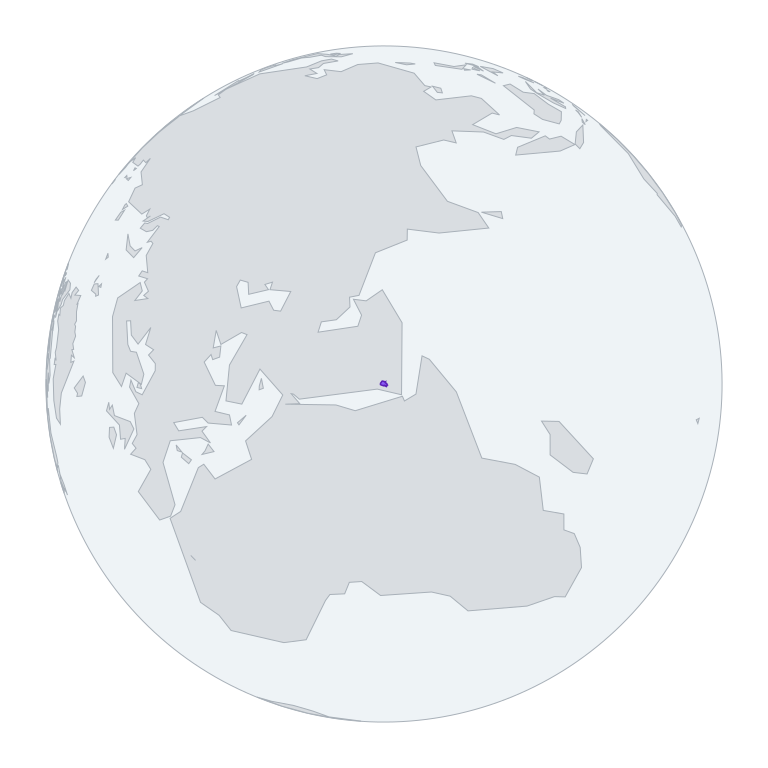 Amran on an orthographic globe, rotated 294°
{"feature_id": "YEM-155", "entity_name": "Amran", "entity_type": "Governorate", "adm_level": 1, "iso_a3": "YEM", "parent_name": "Yemen", "parent_adm1": "", "projection": "orthographic", "projection_center": [43.957, 16.092], "detail": "fine", "context": "on_globe", "style": "filled", "palette": "violet", "viewbox_px": 768, "rotation_deg": 294, "n_neighbors": 0, "source": "natural_earth", "source_scale": "10m", "svg_char_len": 10636}
<svg xmlns="http://www.w3.org/2000/svg" viewBox="0 0 768 768"><g transform="rotate(294 384 384)"><circle cx="384" cy="384" r="338" fill="#eef3f6" stroke="#a8b0b8"/><path d="M303.2,55.9L303.5,55.8L310.7,54.1L314.5,53.4L313.0,53.9L303.7,55.9L303.1,56.0L299.6,56.9L295.6,57.9L296.7,57.7L285.6,60.7L294.3,58.6L283.5,61.9L276.8,63.8L280.6,62.3L280.0,62.5L303.2,55.9ZM245.7,75.7L251.0,73.4L245.7,75.9L234.1,81.8L223.9,86.8L218.5,89.9L225.4,87.1L203.7,99.7L184.8,114.3L179.6,118.0L174.3,119.9L181.2,113.7L201.8,99.4L223.3,86.7L245.7,75.7ZM175.3,118.2L170.6,122.0L175.3,118.2ZM158.9,131.9L158.6,132.2L157.3,133.5L160.9,130.5L155.7,135.3L154.1,136.4L158.9,131.9ZM46.3,395.2L48.4,410.2L53.6,432.4L56.3,452.3L57.5,469.1L66.7,500.2L58.5,474.7L52.3,448.5L48.2,422.0L46.3,395.2ZM277.0,63.5L260.1,69.6L261.5,69.1L277.0,63.5ZM471.3,57.5L468.2,56.8L468.2,56.7L471.3,57.5ZM313.6,53.5L309.0,54.5L313.6,53.5ZM350.3,47.8L349.5,47.9L340.4,48.9L335.9,49.5L350.3,47.8ZM334.8,49.7L337.5,49.4L323.0,51.6L334.8,49.7ZM458.9,54.7L458.0,54.6L456.0,54.0L458.9,54.7ZM316.6,53.0L319.4,52.4L328.8,50.7L325.0,51.8L323.2,51.9L316.6,53.0ZM364.2,46.7L366.3,46.6L350.3,47.8L351.9,47.6L364.2,46.7ZM320.3,52.6L322.7,52.5L316.9,53.9L314.5,53.6L320.3,52.6ZM332.9,50.0L337.2,49.5L333.6,50.0L332.9,50.0ZM297.8,59.9L300.9,58.5L306.1,57.4L297.8,59.9ZM324.1,52.5L326.0,52.0L328.4,51.6L328.8,52.0L324.1,52.5ZM350.4,47.9L348.5,48.3L356.9,47.4L356.2,47.8L345.6,48.8L349.8,48.6L349.6,48.8L341.2,49.4L350.4,47.9ZM336.4,51.3L322.7,53.6L315.8,56.1L311.0,56.9L323.0,52.9L336.4,51.3ZM340.0,50.1L336.7,50.9L332.4,51.2L332.0,50.8L340.0,50.1ZM359.5,48.0L363.3,47.0L365.5,46.9L359.5,48.0ZM335.3,51.9L338.6,51.4L335.3,52.0L335.3,51.9ZM353.0,48.9L354.0,48.5L356.5,48.3L353.0,48.9ZM344.4,51.1L340.0,51.6L339.5,51.2L344.4,51.1ZM349.0,50.0L352.1,50.0L342.0,50.7L349.1,49.8L349.0,50.0ZM355.1,48.9L356.9,48.7L354.3,49.1L355.1,48.9ZM348.6,52.8L335.9,53.8L335.0,52.7L347.4,51.7L348.6,52.8ZM531.2,79.8L531.5,80.0L535.5,82.0L571.6,102.9L555.8,93.2L518.2,73.9L533.1,81.0L528.4,79.0L533.0,81.5L543.7,87.2L545.7,88.0L556.0,98.7L579.1,117.8L580.7,115.0L589.2,119.9L616.8,144.4L642.2,184.4L653.8,195.5L659.5,203.9L660.5,210.7L652.2,198.3L646.4,195.5L641.6,188.1L640.4,196.4L633.4,186.3L635.8,198.7L643.1,205.9L646.8,201.5L651.9,217.8L665.2,230.1L674.9,248.0L680.2,285.1L673.2,299.9L674.5,306.2L667.5,301.2L664.6,315.8L682.8,346.6L684.5,356.8L676.8,380.1L675.5,372.6L657.0,359.5L658.1,384.5L672.3,400.8L677.4,423.1L668.5,418.7L662.8,399.3L656.2,394.0L654.7,372.5L642.9,343.1L633.6,351.9L631.2,339.3L613.6,316.8L598.5,328.7L576.7,367.6L578.9,400.3L569.1,416.3L544.3,372.9L535.0,342.3L524.9,346.6L500.4,322.8L454.8,325.1L449.3,317.2L440.5,321.6L423.3,314.3L415.3,301.5L404.5,302.7L426.1,336.6L437.8,335.5L449.0,321.6L452.7,333.9L469.4,344.1L447.3,375.6L381.3,404.4L376.6,379.9L335.7,312.8L337.9,305.5L337.8,304.6L337.4,303.1L331.8,315.0L325.4,302.0L345.3,348.6L347.9,368.6L380.3,405.8L376.8,409.6L387.8,417.3L425.2,407.3L425.0,415.4L406.2,453.3L356.1,503.5L363.9,536.5L362.1,563.8L333.3,580.9L338.4,601.2L323.9,607.7L324.7,618.7L314.5,629.7L296.6,639.1L263.2,636.1L259.1,626.2L239.3,605.0L210.9,553.0L217.1,530.8L213.3,512.0L189.4,466.9L194.5,444.0L188.7,433.0L176.3,433.4L169.7,420.2L162.5,418.6L118.7,416.9L107.0,397.7L96.6,344.6L105.6,327.5L109.9,305.2L174.3,243.2L184.9,250.1L232.1,248.4L237.4,252.0L228.5,268.3L261.3,293.7L275.7,280.7L308.7,295.0L332.8,296.0L347.2,264.6L307.8,262.3L304.3,246.5L338.5,235.1L373.4,238.8L373.1,232.9L353.8,218.9L364.7,208.9L347.5,213.3L352.4,219.5L341.7,222.9L336.6,217.6L340.6,214.0L330.9,210.8L314.2,230.5L317.4,238.9L290.2,240.8L292.9,255.4L284.5,261.4L276.8,239.2L279.7,231.6L263.2,207.6L257.7,215.5L272.9,239.2L266.9,236.9L259.6,249.4L260.4,238.1L245.2,211.8L222.5,214.0L188.7,242.2L176.5,242.8L168.5,234.4L185.8,203.3L211.2,205.7L217.6,196.3L216.8,181.1L224.5,183.6L227.3,178.2L237.3,179.0L255.6,167.9L266.4,168.0L277.7,152.8L284.7,151.2L276.0,160.4L275.8,167.5L303.1,169.6L309.6,166.8L314.7,157.1L321.6,159.6L323.1,150.1L340.8,148.0L320.4,143.1L325.9,133.3L338.7,126.8L336.9,123.2L315.9,133.9L310.8,139.2L312.3,144.9L295.3,160.6L285.0,162.5L289.0,144.0L274.9,145.2L284.1,131.6L335.1,108.6L354.3,105.7L377.5,120.0L370.7,125.3L358.9,122.4L366.0,133.5L367.2,128.5L372.9,131.1L379.6,123.7L384.0,125.2L382.9,116.0L389.0,117.1L389.6,122.9L404.7,114.5L418.4,115.7L419.7,113.2L417.2,110.1L436.4,114.6L436.5,112.6L430.3,110.2L426.5,105.0L427.2,98.0L433.8,99.9L434.4,102.7L445.6,112.0L446.3,120.1L449.1,120.3L450.1,113.8L436.4,102.2L434.9,97.6L442.5,102.3L439.6,100.2L441.0,98.5L448.5,98.9L440.7,93.6L446.6,76.6L461.7,76.9L467.8,82.2L478.9,75.8L495.1,78.8L489.3,76.4L490.7,73.1L485.7,71.9L483.0,70.6L484.3,64.3L489.8,65.1L483.8,61.7L480.8,60.7L476.5,59.7L468.2,56.8L471.3,57.5L501.7,67.3L531.2,79.8ZM148.8,277.2L146.2,283.6L148.8,277.2ZM408.5,259.9L430.6,261.2L423.8,241.5L431.7,240.7L426.5,234.7L423.2,240.1L410.9,223.9L421.6,218.5L420.5,210.4L413.0,209.7L395.4,222.6L412.9,245.2L406.5,253.2L408.5,259.9ZM162.5,128.8L160.1,131.0L159.2,131.7L160.9,130.2L162.5,128.8ZM162.2,132.4L153.8,140.0L159.1,134.7L156.1,136.6L163.6,128.6L177.3,119.5L169.8,124.7L162.2,132.4ZM177.4,116.7L171.1,121.9L177.4,116.6L177.4,116.7ZM232.7,150.9L234.7,154.7L228.8,160.3L215.2,162.9L223.6,154.5L232.7,150.9ZM238.9,159.0L246.6,141.4L255.4,140.0L249.2,143.6L254.2,144.4L245.5,150.6L246.4,167.5L241.2,173.8L218.8,173.5L229.0,169.7L226.4,165.8L238.9,159.0ZM250.9,107.8L254.4,102.6L268.9,105.9L264.0,110.6L250.1,112.7L247.7,108.5L250.9,107.8ZM270.8,66.6L271.2,66.2L273.8,65.3L275.6,65.1L270.8,66.6ZM298.8,59.3L271.8,68.6L270.9,68.3L256.2,75.4L248.1,77.6L257.9,72.7L240.6,80.3L246.1,76.8L234.7,82.3L257.3,71.2L261.6,69.2L260.0,70.4L267.3,68.3L271.8,66.8L287.8,61.3L300.7,56.8L310.0,54.9L313.2,54.7L311.6,55.5L306.0,56.3L307.8,56.8L298.4,58.7L298.8,59.3ZM345.3,67.0L339.5,65.4L341.5,71.0L332.2,71.1L333.0,71.7L324.9,73.7L316.5,77.4L312.8,77.1L311.2,78.8L305.8,80.4L302.3,82.8L294.3,83.3L289.4,86.4L288.4,84.9L282.0,90.4L283.2,86.7L276.4,89.1L278.8,91.4L244.5,92.9L229.2,97.9L215.7,104.7L219.6,98.7L234.6,89.1L254.2,79.7L268.4,76.3L267.6,74.8L274.2,72.9L272.1,74.9L279.2,70.8L284.0,70.0L301.5,64.6L308.8,60.3L315.4,58.6L314.9,59.9L321.8,57.5L325.4,59.1L330.2,58.1L338.6,59.3L335.0,63.1L340.6,61.9L347.3,63.3L345.3,67.0ZM350.6,53.1L348.5,56.6L342.3,58.7L330.3,56.0L325.4,56.7L317.5,56.0L326.6,53.3L328.0,53.6L331.5,53.3L327.3,54.3L333.3,53.4L335.5,54.0L340.7,53.6L338.6,54.7L350.6,53.1ZM245.6,246.4L250.1,247.7L257.6,247.8L253.1,256.2L245.6,246.4ZM234.7,228.6L239.1,228.0L236.4,238.9L231.8,238.0L234.7,228.6ZM243.8,218.9L239.6,227.1L239.1,222.2L243.8,218.9ZM280.4,159.7L285.3,159.0L284.9,161.3L281.2,164.5L280.4,159.7ZM349.2,87.0L346.9,84.9L348.9,84.1L350.5,78.6L357.5,78.6L359.3,81.9L349.2,87.0ZM339.3,269.7L331.0,275.5L327.9,272.3L331.4,270.9L339.3,269.7ZM289.0,265.9L299.4,270.8L287.7,268.1L289.0,265.9ZM357.1,86.0L357.0,83.7L360.6,85.2L357.1,86.0ZM362.8,78.4L367.4,79.7L358.6,78.0L362.8,78.4ZM478.3,683.8L480.9,685.9L475.5,686.8L478.3,683.8ZM421.0,559.1L400.8,605.7L384.4,606.1L380.2,592.7L386.8,564.6L405.4,556.3L414.2,543.0L421.0,559.1ZM705.9,461.8L708.0,461.2L707.7,462.8L705.9,461.8ZM703.9,458.6L706.9,456.8L702.8,462.4L703.9,458.6ZM708.0,456.2L711.0,451.0L712.3,447.5L711.7,450.8L708.0,456.2ZM701.5,460.3L685.8,468.1L678.6,467.2L681.0,461.0L692.6,457.2L701.5,460.3ZM680.4,461.0L668.5,450.2L646.7,411.2L654.6,409.8L676.3,430.4L675.1,435.6L682.4,445.0L680.4,461.0ZM706.4,420.4L704.9,435.3L697.0,438.6L692.9,438.3L690.2,421.2L691.8,411.1L695.4,409.8L705.1,371.8L709.3,377.2L707.2,392.5L710.4,403.1L706.4,420.4ZM580.6,403.1L589.2,421.0L583.4,425.2L580.6,403.1ZM706.0,347.2L704.1,363.5L704.8,342.9L706.0,347.2ZM704.5,328.7L706.2,335.5L703.4,329.9L704.5,328.7ZM677.3,315.6L673.7,318.9L672.1,314.1L675.8,307.2L677.3,315.6ZM682.3,263.5L687.8,277.3L689.1,282.4L684.8,274.8L682.3,263.5ZM417.0,89.0L406.9,95.9L404.3,102.4L410.2,107.6L397.6,103.9L401.6,93.9L417.0,89.0ZM442.3,77.6L437.1,74.1L442.1,74.4L444.0,75.2L442.3,77.6ZM437.2,76.3L425.6,74.6L424.5,71.9L433.8,73.7L437.2,76.3ZM391.2,78.6L387.7,80.5L384.9,79.0L391.2,78.6ZM658.8,580.6L650.0,591.6L648.4,591.6L655.7,581.7L668.0,556.5L669.2,556.2L677.0,538.0L693.9,513.4L708.1,476.9L709.5,474.8L702.4,497.3L693.7,519.2L683.5,540.5L671.9,561.0L658.8,580.6ZM711.0,458.5L715.0,444.5L716.1,442.1L711.0,458.5ZM721.1,408.0L721.3,403.2L721.6,398.5L721.1,408.0ZM721.7,396.8L721.3,394.9L721.9,388.9L721.7,396.8ZM718.9,413.1L718.6,417.0L718.1,415.0L718.9,413.1ZM719.8,409.6L720.7,410.9L719.4,413.1L719.8,409.6ZM712.2,405.0L713.1,413.1L716.1,404.7L713.8,415.0L714.8,428.0L713.7,434.2L712.9,419.9L711.0,437.1L709.6,437.9L709.7,424.4L711.7,406.0L713.1,397.8L717.9,390.1L712.2,405.0ZM720.1,398.7L719.7,389.0L719.8,381.5L720.4,386.2L720.1,398.7ZM716.6,366.3L713.3,356.4L711.9,362.7L713.3,342.7L716.5,355.4L716.6,366.3ZM711.5,342.0L710.3,347.7L710.5,336.5L711.5,342.0ZM709.1,344.2L707.4,336.3L709.1,336.1L709.1,344.2ZM712.4,341.5L710.0,327.4L712.3,334.9L712.4,341.5ZM702.5,318.8L709.0,329.2L703.2,327.2L695.9,301.3L697.8,299.1L702.5,318.8ZM668.3,209.9L663.9,203.6L663.6,200.8L666.8,205.9L668.3,209.9ZM658.7,188.7L662.1,198.1L664.1,207.0L666.8,209.1L673.1,221.2L665.6,212.0L659.3,197.5L658.9,193.0L652.5,183.6L648.3,176.1L639.3,165.5L635.4,160.3L643.4,168.9L658.7,188.7ZM635.4,161.2L618.3,143.1L620.8,143.7L625.1,147.8L631.9,155.6L630.2,154.7L635.4,161.2ZM614.9,139.1L613.1,138.4L584.1,116.1L578.6,111.9L601.9,127.6L601.5,128.0L608.2,133.8L614.9,139.1ZM461.7,55.5L458.4,54.7L461.0,55.2L461.7,55.5ZM480.2,70.1L477.0,68.4L480.2,68.6L480.2,70.1ZM469.9,64.2L468.5,65.1L467.3,63.3L469.9,64.2ZM465.9,67.6L466.7,65.1L469.8,68.7L465.9,67.6Z" fill="#d9dde1" stroke="#a8b0b8" stroke-width="1"/><path d="M383.2,380.5L383.4,380.5L383.8,380.6L384.4,380.9L384.7,380.9L384.9,380.9L385.3,380.8L385.6,381.0L386.0,381.3L386.1,381.5L386.1,381.9L386.2,382.1L386.2,382.3L386.3,382.4L386.3,382.6L386.3,382.8L386.4,383.0L386.2,383.4L386.3,383.5L386.3,383.9L386.5,384.2L386.7,384.4L386.3,384.4L386.0,384.5L385.7,384.7L385.6,384.8L385.6,385.0L385.6,385.3L385.6,385.5L385.7,385.8L385.5,386.0L385.4,386.1L385.3,386.3L385.3,386.5L385.2,386.8L384.8,387.1L384.7,387.1L384.3,387.1L384.2,387.2L384.2,387.3L384.2,387.5L383.8,387.3L383.7,387.2L383.4,387.2L383.1,387.3L382.8,387.3L382.7,387.3L382.7,387.1L382.6,386.9L382.6,386.7L382.8,386.6L383.0,386.6L383.2,386.3L383.2,386.1L383.1,385.9L383.0,385.7L383.1,385.4L383.0,385.2L383.0,384.9L382.8,384.7L382.7,384.6L382.4,384.9L382.3,384.7L382.5,384.6L382.3,384.0L382.3,383.9L382.3,383.7L382.2,383.5L382.1,383.3L382.0,383.2L382.0,382.9L382.0,382.0L382.0,381.0L382.7,380.8L382.8,380.7L383.0,380.6L383.2,380.5Z" fill="#8b5cf6" stroke="#5b21b6" stroke-width="1.5"/></g></svg>